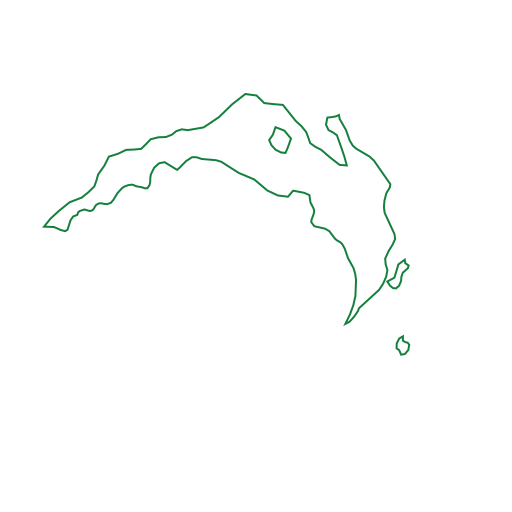 outline of Bakı, rotated 53°
{"feature_id": "AZE-1689", "entity_name": "Bakı", "entity_type": "Municipality", "adm_level": 1, "iso_a3": "AZE", "parent_name": "Azerbaijan", "parent_adm1": "", "projection": "mercator", "projection_center": [49.815, 40.127], "detail": "fine", "context": "isolated", "style": "outline", "palette": "green", "viewbox_px": 512, "rotation_deg": 53, "n_neighbors": 0, "source": "natural_earth", "source_scale": "10m", "svg_char_len": 2536}
<svg xmlns="http://www.w3.org/2000/svg" viewBox="0 0 512 512"><g transform="rotate(53 256 256)"><path d="M193.3,104.9L196.8,106.7L209.5,108.3L220.2,111.7L226.2,112.3L230.8,111.3L244.8,105.5L250.8,104.4L279.5,105.5L281.6,107.6L282.7,109.9L283.5,112.3L284.6,114.5L289.1,120.1L293.9,124.4L299.0,127.3L321.8,132.2L326.2,134.7L328.9,139.6L332.0,147.3L335.8,154.4L340.8,157.5L346.3,159.5L350.9,164.5L354.6,171.1L357.1,178.0L359.7,205.2L361.4,207.9L363.5,214.1L364.8,220.9L364.0,225.5L359.2,216.1L353.9,207.9L347.7,200.6L335.3,190.5L329.9,187.5L324.3,185.4L313.0,183.8L303.5,180.7L298.5,180.0L295.7,180.4L292.3,181.9L289.9,182.5L280.3,182.5L275.8,184.4L267.3,191.5L262.3,191.5L260.5,189.9L257.2,184.7L255.2,182.5L252.6,181.4L246.1,180.3L239.5,176.7L234.5,179.5L226.2,187.0L227.9,194.8L220.8,202.1L210.6,207.5L193.9,211.3L179.2,219.8L159.9,227.0L155.4,230.3L145.8,241.0L141.4,244.0L138.6,247.6L138.1,254.7L139.5,263.7L139.7,267.2L126.1,272.5L123.6,277.6L124.2,284.2L127.6,290.9L129.9,293.3L133.5,296.2L135.4,298.6L136.5,302.0L135.0,304.1L132.5,305.7L128.1,309.8L126.1,310.8L124.3,312.2L122.5,315.5L121.3,319.5L121.2,322.4L122.5,329.0L125.3,336.0L126.2,339.9L125.0,343.7L122.8,346.1L120.9,347.7L119.5,349.6L119.0,352.7L119.5,354.5L120.3,356.3L121.0,358.2L120.7,360.5L119.7,362.0L115.6,365.0L114.0,369.7L114.1,371.7L115.6,374.0L114.4,378.3L115.9,382.7L121.6,390.7L121.3,393.5L117.8,396.2L111.3,399.9L105.0,407.6L102.5,397.7L101.4,386.7L100.9,372.6L104.5,359.9L104.2,351.4L103.1,343.2L99.7,338.0L95.9,333.1L92.6,322.7L88.1,313.7L91.3,304.7L93.1,295.8L97.4,289.6L101.3,283.3L100.5,276.7L99.4,269.8L102.4,262.6L106.8,256.3L108.5,250.1L108.3,244.6L110.2,239.0L114.4,234.8L121.8,220.4L122.8,202.0L120.5,183.8L120.2,167.1L128.1,159.0L138.8,157.4L144.9,151.0L151.5,143.6L172.1,143.0L179.5,141.6L187.2,141.3L193.0,143.0L198.5,144.8L204.5,142.9L210.5,140.0L222.0,137.5L233.5,134.4L238.3,129.0L229.5,125.5L218.8,122.0L208.2,118.7L203.6,120.2L199.1,122.3L193.3,121.1L188.4,115.7L190.6,112.0L192.6,108.1L193.3,104.9ZM164.9,162.9L165.5,163.9L169.3,169.5L171.3,175.7L176.9,177.0L182.9,176.4L188.4,173.7L191.4,170.4L188.7,165.6L183.3,157.4L172.9,157.9L164.9,162.9ZM364.1,165.9L360.4,166.8L355.4,166.5L356.6,158.5L348.4,147.3L348.5,139.4L351.6,141.1L355.4,139.8L357.1,141.9L357.7,148.8L360.1,152.4L363.3,155.2L365.9,159.7L366.1,163.7L364.1,165.9ZM422.1,199.5L417.4,198.3L414.3,199.3L410.5,196.2L408.1,191.3L408.6,187.0L411.9,189.6L414.3,188.8L416.5,187.1L419.1,187.0L422.7,190.9L423.9,196.1L422.1,199.5Z" fill="none" stroke="#15803d" stroke-width="2"/></g></svg>